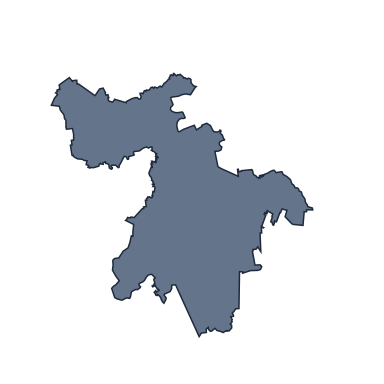 the district of Medellín, Veracruz, Mexico, rotated 344°
{"feature_id": "50627088B273730145329", "entity_name": "Medellín", "entity_type": "district", "adm_level": 2, "iso_a3": "MEX", "parent_name": "Mexico", "parent_adm1": "Veracruz", "projection": "orthographic", "projection_center": [-96.165, 18.992], "detail": "fine", "context": "isolated", "style": "filled", "palette": "slate", "viewbox_px": 384, "rotation_deg": 344, "n_neighbors": 0, "source": "geoboundaries", "source_scale": "gbopen_adm2", "svg_char_len": 6007}
<svg xmlns="http://www.w3.org/2000/svg" viewBox="0 0 384 384"><g transform="rotate(344 192 192)"><path d="M219.6,131.7L213.4,133.5L212.6,128.5L201.1,129.4L196.7,130.6L195.7,130.2L195.3,129.2L195.6,124.1L197.0,120.8L199.9,118.6L201.9,118.3L204.7,119.1L205.9,118.7L205.2,113.3L204.7,112.4L200.1,111.8L197.9,111.1L195.2,109.2L194.3,107.7L194.1,106.6L195.0,104.5L196.8,103.8L197.9,102.7L197.3,97.2L197.5,95.8L198.7,95.2L205.4,96.2L209.0,95.7L212.7,95.9L217.4,98.1L223.5,92.7L225.1,91.8L222.9,90.5L221.5,87.6L221.3,86.0L222.0,83.7L221.4,82.7L219.9,81.6L218.3,82.0L216.6,80.1L215.4,80.3L215.1,78.7L213.0,75.6L211.5,75.8L210.6,75.3L209.0,76.1L207.3,73.0L206.8,73.0L206.2,74.9L205.6,74.9L204.7,73.7L203.3,73.7L203.0,75.0L201.7,75.6L201.8,77.1L200.5,77.1L198.1,78.8L194.9,80.0L192.1,82.7L191.3,82.5L191.0,81.6L189.9,81.5L187.4,82.5L185.0,80.8L183.7,81.8L183.0,80.3L181.3,80.3L179.2,82.0L177.4,82.1L176.4,81.4L175.4,82.4L174.9,81.6L174.1,81.5L172.1,84.0L171.4,83.3L169.3,82.8L169.0,84.2L169.5,86.0L168.1,88.4L166.8,88.2L165.4,86.2L163.6,85.7L160.1,85.7L155.4,86.6L153.8,87.1L153.3,88.0L143.1,81.5L142.3,82.6L140.3,83.7L137.0,81.5L137.0,78.5L138.0,78.5L138.0,75.2L136.0,75.2L135.8,72.7L136.2,72.5L135.2,67.6L131.5,67.5L125.5,72.6L125.1,72.4L112.7,56.9L111.3,56.7L112.0,52.8L108.3,52.1L107.5,52.7L105.6,48.2L93.8,52.5L93.2,57.8L93.2,56.4L90.3,56.9L90.7,58.0L88.2,59.1L89.7,61.2L85.7,63.9L80.7,69.9L88.1,73.0L88.0,76.9L90.2,82.6L89.7,86.3L90.6,88.4L89.6,91.6L89.5,93.4L88.8,94.0L88.6,97.0L94.6,98.1L94.1,104.0L92.5,109.5L90.3,109.1L89.6,113.7L88.0,113.5L86.8,123.5L87.7,123.9L87.4,124.2L88.7,126.2L91.1,128.6L95.6,130.3L97.1,132.0L99.7,133.0L97.8,136.5L99.9,138.0L98.8,139.7L100.7,140.9L101.1,140.3L103.8,141.5L109.5,141.5L110.7,139.7L111.6,139.3L111.6,139.7L114.2,140.9L114.3,139.6L117.0,139.1L116.9,140.8L118.7,141.5L119.5,142.8L119.2,146.2L120.5,147.7L121.1,147.9L121.9,147.3L122.2,146.6L121.3,145.4L121.4,144.6L122.5,144.2L126.1,145.3L127.6,148.1L128.3,148.3L129.0,147.8L129.3,146.3L130.3,145.7L136.6,139.1L138.6,140.0L138.7,142.1L139.0,142.8L139.7,143.0L140.2,142.7L141.0,140.5L146.4,140.6L146.7,140.2L146.4,138.4L147.2,137.1L152.8,138.0L157.0,136.4L159.6,136.2L160.6,136.3L162.4,137.8L165.0,137.3L166.0,138.0L165.6,138.6L165.5,140.4L166.0,140.4L164.4,140.6L165.4,141.9L166.8,142.8L167.6,144.6L168.3,145.2L167.5,145.4L167.4,146.6L167.9,146.7L167.7,147.5L168.5,148.3L168.9,149.6L168.5,149.8L167.6,148.4L167.0,148.2L167.4,149.2L166.6,149.3L166.3,150.1L166.9,150.5L167.0,151.2L166.1,151.2L165.3,152.2L166.0,152.9L165.5,153.7L165.0,153.6L164.4,152.6L162.9,152.5L162.8,151.6L161.7,151.3L161.9,152.5L160.7,153.0L161.6,154.2L160.2,154.5L160.8,156.5L160.6,157.3L159.8,156.7L155.8,161.8L155.8,164.4L156.8,166.8L156.9,168.8L156.3,169.5L157.5,171.0L157.1,171.5L157.9,174.2L157.2,174.8L156.7,174.5L156.9,173.4L156.0,173.6L156.7,175.4L156.0,176.0L157.0,176.2L157.8,177.1L155.8,181.4L154.6,180.7L153.0,184.1L153.3,184.7L152.5,184.7L152.5,186.0L152.1,186.3L151.3,186.4L149.8,184.9L149.0,185.2L148.4,184.5L147.6,185.1L147.5,185.7L146.5,185.8L146.3,187.4L144.9,187.1L144.0,193.3L141.2,193.0L141.0,194.6L139.5,194.4L129.4,200.6L126.4,199.2L125.5,199.9L123.1,198.7L121.7,200.3L120.3,201.0L127.0,207.1L124.4,213.5L122.9,218.3L121.6,217.4L118.4,223.4L115.1,228.1L109.6,229.9L103.4,235.2L99.3,234.6L97.5,235.4L96.9,236.4L96.0,240.5L94.0,245.2L95.7,252.3L97.6,257.2L93.4,260.1L90.6,261.0L88.2,262.5L88.6,272.0L90.0,273.7L94.4,276.5L95.2,276.7L99.8,275.7L102.8,277.1L104.0,275.7L106.4,271.1L110.8,270.2L112.7,270.8L115.4,269.9L116.4,269.0L115.5,267.1L115.8,265.5L120.2,264.8L122.1,263.8L124.7,261.2L127.3,259.7L130.5,260.0L133.0,264.4L131.8,264.8L131.1,265.8L131.2,269.2L130.0,270.1L130.0,270.8L127.8,271.3L128.2,272.4L131.0,271.6L130.9,272.8L131.6,274.0L131.8,275.9L132.3,276.4L132.8,276.2L133.3,277.4L130.4,278.4L129.8,276.8L128.0,278.1L128.6,279.2L128.9,281.4L130.1,281.9L130.5,281.0L131.8,282.5L132.9,285.2L132.7,286.2L133.3,289.4L134.4,291.2L137.4,288.0L138.0,286.6L136.7,283.4L137.4,282.6L143.5,281.7L145.8,279.3L146.8,276.0L150.6,276.6L159.0,333.0L162.2,330.2L167.1,331.0L167.9,327.7L170.3,326.6L170.0,328.6L171.2,331.0L172.6,331.1L176.5,329.4L178.0,332.2L180.2,333.3L183.3,335.7L186.1,334.9L187.0,335.3L187.0,334.8L187.3,334.8L189.3,335.8L192.7,333.6L193.4,330.8L192.3,329.5L194.8,327.9L194.8,326.4L195.5,325.7L194.9,322.6L197.6,322.9L197.9,321.2L197.3,319.9L197.6,319.2L199.3,318.5L201.8,316.3L205.0,317.0L215.7,281.7L218.8,282.7L218.3,284.0L226.6,283.7L233.3,285.4L236.4,285.4L238.1,283.4L238.5,282.7L237.4,280.8L232.4,279.6L233.7,265.9L234.6,265.2L234.8,264.1L237.9,264.6L240.1,262.9L241.7,268.3L246.1,250.3L247.7,250.6L249.1,244.5L250.7,246.2L251.1,246.0L249.4,244.4L250.5,243.0L256.5,234.7L255.2,233.4L256.1,232.0L257.8,233.6L258.7,232.6L258.0,231.9L259.1,230.6L263.7,235.5L262.5,236.7L262.1,237.7L262.4,238.1L259.5,242.3L260.6,243.4L260.6,245.8L261.3,246.4L263.3,243.6L262.9,243.2L263.4,242.6L265.0,243.9L270.9,235.9L271.4,236.3L273.9,233.1L278.2,235.8L274.7,241.5L279.2,250.0L280.2,251.0L289.5,254.7L294.4,241.9L296.7,242.5L297.3,240.7L303.1,242.5L303.3,240.6L299.2,237.9L299.3,236.2L298.2,233.3L298.6,229.8L297.1,225.3L297.1,222.1L295.3,220.5L295.3,218.7L294.6,217.2L292.4,216.5L291.7,213.5L290.3,211.7L290.0,207.2L287.4,203.2L284.4,200.2L284.2,197.7L283.8,197.2L278.2,196.5L277.0,193.8L275.5,193.5L272.2,194.0L270.8,194.6L265.9,195.1L265.5,196.1L264.9,196.3L264.9,195.1L264.0,195.0L263.6,195.4L263.6,196.6L263.0,196.6L262.9,195.0L261.6,194.9L261.2,195.2L261.3,197.2L260.1,197.3L260.1,196.5L258.6,195.9L258.1,194.4L256.2,192.5L255.9,191.0L256.1,187.7L255.5,187.5L255.5,186.9L245.3,185.1L245.1,185.6L242.5,185.5L242.8,182.9L242.0,182.8L240.8,189.7L226.7,177.7L223.9,174.8L225.2,159.3L229.0,160.0L231.5,159.5L233.1,157.0L231.5,154.6L231.7,152.4L232.5,151.6L235.2,150.8L237.4,151.0L237.7,150.6L237.1,149.2L236.8,145.4L235.4,143.4L236.6,141.6L236.6,140.7L236.0,140.2L235.1,141.1L233.0,141.4L229.9,140.3L229.0,138.4L228.0,133.2L225.1,130.0L219.9,130.5L219.6,131.7Z" fill="#64748b" stroke="#1e293b" stroke-width="1.5"/></g></svg>